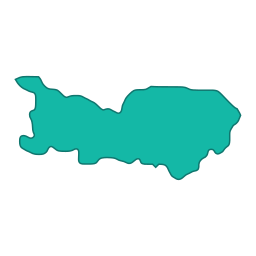 Arenoso, Duarte, Dominican Republic
{"feature_id": "3306468B79017025460716", "entity_name": "Arenoso", "entity_type": "district", "adm_level": 2, "iso_a3": "DOM", "parent_name": "Dominican Republic", "parent_adm1": "Duarte", "projection": "orthographic", "projection_center": [-69.786, 19.183], "detail": "fine", "context": "isolated", "style": "filled", "palette": "teal", "viewbox_px": 256, "rotation_deg": 0, "n_neighbors": 0, "source": "geoboundaries", "source_scale": "gbopen_adm2", "svg_char_len": 3796}
<svg xmlns="http://www.w3.org/2000/svg" viewBox="0 0 256 256"><path d="M15.4,79.4L17.4,82.7L18.3,83.9L19.9,85.7L21.6,87.2L23.5,88.5L26.1,89.7L29.1,91.2L30.3,91.6L32.8,92.3L34.0,92.8L34.5,93.2L34.9,93.8L35.2,94.4L35.5,95.1L35.7,96.6L35.8,99.9L35.7,104.9L35.5,107.2L35.1,108.6L34.8,109.2L34.4,109.8L33.9,110.1L31.4,111.1L30.5,111.8L29.9,112.8L29.6,114.1L29.7,115.4L29.9,116.8L31.6,120.4L32.0,121.9L32.4,124.3L32.8,129.9L33.3,132.1L34.2,134.2L34.3,135.4L34.2,136.0L33.9,136.5L33.1,137.4L32.0,138.0L31.4,138.1L30.7,138.2L29.4,137.9L26.1,136.2L24.8,135.8L23.5,135.6L22.8,135.7L21.6,136.0L21.0,136.4L20.5,137.0L20.2,137.6L19.8,139.0L19.7,141.3L19.8,143.6L20.1,145.1L20.6,146.4L21.0,147.0L21.4,147.5L22.5,148.3L26.4,150.6L29.0,151.7L32.7,153.5L35.0,154.1L36.6,154.3L39.0,154.4L41.4,154.3L43.0,154.0L43.7,153.8L45.0,153.1L46.0,152.3L46.9,151.3L48.3,148.5L49.0,147.5L49.9,146.8L51.0,146.5L51.7,146.6L52.8,147.1L56.1,149.6L57.3,150.4L58.9,150.9L61.4,151.2L65.7,151.3L68.2,151.2L69.9,151.0L72.2,150.4L74.8,149.1L76.0,148.9L76.6,148.9L77.2,149.1L77.8,149.4L78.2,150.0L78.7,151.3L78.8,153.5L78.6,159.2L78.7,160.7L78.9,161.4L79.2,162.1L79.6,162.7L80.2,163.2L80.8,163.5L82.3,163.9L84.6,164.0L89.5,164.0L92.0,163.9L94.3,163.6L95.6,163.1L96.2,162.8L96.7,162.3L98.5,160.0L99.4,159.1L100.6,158.4L101.3,158.1L102.9,157.8L104.5,157.6L107.0,157.5L111.3,157.7L113.0,157.9L114.6,158.2L116.0,158.7L119.0,160.2L120.4,160.6L123.9,161.5L127.5,163.1L128.8,163.4L130.2,163.3L131.5,162.8L132.7,162.0L136.0,159.4L137.1,158.9L138.3,158.8L138.9,158.9L139.4,159.2L139.8,159.6L140.0,160.1L141.0,162.5L141.3,162.9L141.8,163.3L142.4,163.6L143.1,163.8L144.6,164.1L149.5,164.2L152.6,164.2L155.7,167.3L158.8,164.2L161.7,164.3L163.2,164.5L164.6,164.9L165.8,165.6L166.7,166.6L167.5,167.7L168.9,170.8L171.1,174.9L171.8,175.9L172.8,176.7L176.1,178.7L177.3,179.2L178.8,179.4L180.2,179.1L181.5,178.5L182.7,177.6L185.5,175.2L186.8,174.4L189.4,173.2L192.4,171.6L193.6,171.2L196.2,170.6L197.3,170.0L197.8,169.6L198.2,169.1L198.6,167.9L198.8,166.6L198.8,164.5L199.3,162.4L199.6,161.8L200.3,160.7L201.7,159.2L203.6,157.9L204.7,157.4L205.2,157.1L206.5,155.8L207.2,154.7L207.4,154.1L208.2,151.1L208.5,150.6L208.9,150.1L209.4,149.7L210.0,149.5L211.2,149.3L212.4,149.5L213.0,149.7L213.5,150.1L213.9,150.5L215.0,152.3L215.8,153.2L216.8,153.7L217.4,153.9L218.5,153.8L219.6,153.4L221.2,152.5L222.2,151.9L222.7,151.5L223.1,151.0L224.5,149.0L225.4,148.0L226.3,147.2L228.2,145.7L228.6,145.2L229.2,144.0L229.5,142.6L229.7,140.3L229.7,133.9L229.8,132.4L230.2,130.8L231.1,129.0L233.1,125.7L234.0,124.9L235.6,123.9L236.5,123.1L237.8,121.6L238.5,120.4L240.6,115.3L239.6,113.1L237.1,108.8L236.0,108.3L234.8,107.6L232.5,105.6L229.2,102.4L221.7,94.6L219.5,92.5L217.7,91.2L216.3,90.7L214.9,90.4L212.6,90.2L198.2,90.2L193.1,90.0L191.4,89.8L189.8,89.4L186.9,88.1L185.3,87.5L183.7,87.2L181.9,87.0L177.4,86.9L158.5,86.8L155.0,86.7L151.0,86.5L147.4,88.6L146.2,89.2L145.5,89.4L143.3,89.7L138.0,89.8L135.8,90.0L134.4,90.4L133.7,90.7L131.8,92.0L129.6,94.0L127.5,96.2L126.1,98.0L125.4,99.2L124.2,101.9L123.0,104.3L122.5,105.5L122.2,106.9L121.7,109.7L121.3,111.0L121.0,111.6L120.2,112.5L119.7,112.9L119.2,113.1L118.5,113.2L117.9,113.2L116.8,112.8L115.3,112.0L112.8,110.8L110.5,109.5L109.3,109.0L108.6,108.9L107.2,108.9L106.1,109.1L103.9,109.8L103.4,109.9L102.8,109.8L102.2,109.5L101.6,109.2L100.5,108.4L96.2,104.3L94.4,102.9L93.2,102.2L90.6,101.0L87.7,99.3L85.1,98.1L82.1,96.5L80.8,96.0L79.3,95.7L77.8,95.6L74.0,95.6L71.8,95.8L70.4,96.1L67.5,97.1L67.0,97.3L66.4,97.3L65.8,97.2L65.2,96.9L64.6,96.6L63.5,95.8L59.3,91.7L57.5,90.3L56.8,90.0L55.4,89.6L53.9,89.4L50.3,89.1L48.8,88.8L47.5,88.3L46.3,87.5L44.7,86.1L43.8,85.1L42.9,84.0L42.2,82.8L40.7,79.6L39.9,78.4L38.6,76.8L26.9,76.6L22.7,76.8L21.1,77.1L19.7,77.5L15.4,79.4Z" fill="#14b8a6" stroke="#0f766e" stroke-width="1.5"/></svg>